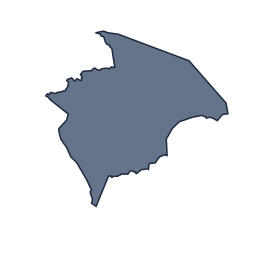 outline of Errard, Praslin, Saint Lucia, rotated 111°
{"feature_id": "8701671B19150990882958", "entity_name": "Errard", "entity_type": "district", "adm_level": 2, "iso_a3": "LCA", "parent_name": "Saint Lucia", "parent_adm1": "Praslin", "projection": "natural_earth1", "projection_center": [-60.937, 13.893], "detail": "fine", "context": "isolated", "style": "filled", "palette": "slate", "viewbox_px": 256, "rotation_deg": 111, "n_neighbors": 0, "source": "geoboundaries", "source_scale": "gbopen_adm2", "svg_char_len": 5420}
<svg xmlns="http://www.w3.org/2000/svg" viewBox="0 0 256 256"><g transform="rotate(111 128 128)"><path d="M129.3,211.3L136.4,188.8L136.6,188.6L138.2,188.6L142.5,188.1L153.5,192.4L157.0,190.6L162.2,187.0L165.3,182.7L167.9,178.6L175.5,171.0L178.4,163.9L186.6,153.6L188.7,151.1L191.2,147.9L192.7,146.5L198.6,140.3L198.9,139.7L199.0,139.7L200.2,140.2L200.5,140.4L201.0,140.3L201.8,139.9L202.1,139.5L202.9,139.4L203.7,138.9L205.1,137.2L207.4,135.7L209.1,135.2L210.9,135.2L211.3,135.1L212.6,129.7L180.3,129.0L179.8,128.5L179.5,128.0L179.0,127.4L178.8,127.0L179.0,126.6L179.7,126.2L179.9,125.8L179.9,125.4L179.8,125.1L179.2,124.8L178.6,124.7L178.4,124.1L177.2,121.8L177.0,121.0L176.8,120.4L176.6,120.1L176.2,119.9L175.6,119.6L175.2,118.9L174.9,118.6L174.4,118.2L173.8,117.9L173.1,117.6L173.0,117.4L172.9,117.1L172.9,116.3L172.8,115.7L172.6,115.2L172.1,114.5L171.8,114.1L171.7,113.4L171.6,112.9L171.4,112.2L171.3,111.8L170.9,111.5L170.5,111.3L169.6,111.3L169.2,111.2L168.2,110.7L167.5,110.7L167.4,110.6L167.2,110.1L166.9,109.8L166.5,109.4L166.4,109.0L166.4,108.9L166.9,107.7L166.9,107.4L166.5,106.4L166.4,105.9L166.4,105.7L167.4,104.6L167.3,104.1L167.4,103.9L167.2,103.4L167.1,103.2L166.7,103.0L166.0,103.0L165.3,102.8L165.0,102.5L164.9,102.2L164.5,101.8L164.2,101.6L163.5,101.4L162.3,100.9L162.1,100.6L161.8,100.3L160.9,98.1L160.6,97.6L160.3,97.3L159.9,97.0L159.6,96.4L159.4,95.9L159.3,95.4L159.3,94.5L159.3,94.0L157.9,94.5L156.3,94.9L155.5,95.1L155.1,95.2L154.7,95.3L154.5,95.5L154.1,95.3L153.6,95.0L153.2,94.9L152.9,94.6L152.8,94.2L152.6,93.3L152.5,92.8L152.4,92.7L152.1,92.3L151.6,91.8L151.5,91.7L151.2,90.8L151.2,90.6L150.8,90.2L150.6,90.0L150.2,89.7L149.0,89.7L148.4,89.6L147.3,89.2L146.1,88.9L144.2,88.3L143.6,88.1L143.4,88.0L143.3,87.9L143.1,87.7L142.6,87.2L142.3,86.8L142.0,86.3L141.9,86.0L141.7,85.9L140.9,85.6L140.4,85.1L140.3,84.9L140.2,84.5L140.0,83.6L139.7,81.6L135.1,83.6L124.5,88.3L112.3,86.4L103.7,82.3L94.7,71.5L89.6,63.3L89.9,61.7L89.9,58.9L90.7,58.2L88.5,55.4L88.5,51.2L89.2,47.3L81.5,44.6L78.9,39.8L69.6,45.4L43.4,95.1L43.9,170.3L43.9,170.8L46.3,180.9L46.3,185.6L50.4,191.9L50.6,192.0L50.6,191.9L50.6,191.0L50.5,190.3L50.5,189.9L50.4,189.2L50.2,188.5L50.2,188.3L50.2,187.9L50.3,187.8L50.3,187.6L50.6,187.3L50.7,187.2L51.0,187.0L51.2,186.8L51.4,186.6L51.6,186.3L51.7,186.0L51.8,185.8L51.8,185.7L51.8,185.2L51.5,184.4L51.5,183.8L51.5,183.7L51.7,183.3L51.9,183.1L52.5,182.6L53.7,181.6L54.1,181.3L55.5,180.2L56.3,179.4L56.5,179.2L56.7,178.9L57.0,178.3L57.1,177.9L57.3,177.5L57.3,177.4L57.5,176.4L57.5,175.8L57.5,175.3L57.6,174.9L57.8,174.6L58.0,174.3L58.3,174.1L58.7,173.8L58.9,173.7L59.0,173.6L59.2,173.0L59.2,172.8L59.2,172.7L59.5,171.6L76.1,162.1L76.4,162.7L76.6,163.0L76.7,163.5L76.7,163.9L76.7,164.9L76.8,165.1L76.9,165.3L77.6,165.7L78.1,166.0L79.1,166.5L79.3,166.6L79.4,167.0L79.5,168.0L79.5,168.4L79.7,169.1L79.9,169.5L80.1,170.1L80.9,171.4L82.0,173.7L82.1,173.9L82.2,174.0L82.5,174.2L82.7,174.3L83.3,174.3L83.6,174.4L83.8,174.5L84.0,174.8L84.2,175.0L84.3,175.2L84.3,175.8L84.3,176.1L84.6,177.2L84.6,177.7L84.6,178.0L84.5,178.6L84.3,179.2L84.1,179.5L84.0,179.8L83.9,180.3L83.9,180.5L84.0,180.7L84.1,180.8L84.5,181.0L84.9,181.4L85.4,181.8L85.9,182.2L86.1,182.4L86.5,182.4L86.9,182.3L87.2,182.3L87.3,182.3L87.5,182.5L87.8,182.9L87.9,183.1L88.0,183.7L88.6,184.7L88.7,185.0L89.0,186.0L89.2,186.4L89.4,186.5L89.8,187.1L90.0,187.5L90.1,188.3L90.2,188.6L90.3,188.8L90.5,189.1L90.8,189.4L91.0,189.7L91.2,190.1L91.4,190.3L91.5,190.5L91.9,190.6L92.4,190.8L92.8,190.8L93.1,190.8L93.3,190.9L94.6,191.5L94.9,191.5L95.2,191.5L95.4,191.4L95.5,191.3L95.7,190.7L95.8,190.3L95.9,190.2L96.0,190.1L96.2,189.9L96.3,189.7L96.5,189.3L96.8,189.0L97.0,188.9L97.3,188.8L97.7,189.3L97.8,189.4L98.0,189.5L98.3,189.5L98.4,189.4L98.8,188.9L99.1,188.7L99.8,188.6L100.0,188.6L100.3,188.9L100.6,189.2L100.6,189.3L100.7,189.5L100.7,189.8L100.5,190.6L100.4,191.6L100.3,192.1L100.3,192.7L100.5,193.5L101.0,193.8L101.3,193.9L101.6,193.9L102.0,194.0L102.3,194.1L102.5,194.2L102.8,194.3L103.0,194.6L103.2,194.9L103.3,195.0L103.1,195.5L102.6,196.1L102.1,197.0L101.9,197.3L101.7,197.8L101.5,198.3L101.5,198.6L101.5,198.8L101.7,199.1L101.8,199.2L102.1,199.3L102.4,199.5L102.9,200.0L103.2,200.5L103.8,201.4L103.9,201.6L104.3,201.9L104.7,202.1L104.9,202.1L105.0,202.1L105.6,202.1L105.9,202.0L106.1,201.7L106.2,201.3L106.5,200.4L106.8,199.9L106.9,199.7L107.3,199.6L107.7,199.5L108.0,199.4L108.9,199.4L109.2,199.5L109.7,199.6L110.0,199.6L110.4,199.1L110.8,199.0L111.0,199.0L111.3,199.0L111.7,199.0L112.0,199.1L112.4,199.4L112.8,199.6L113.0,199.7L113.3,199.8L113.7,199.9L114.0,199.9L114.4,199.8L114.9,199.7L115.3,199.8L115.6,199.8L115.8,200.0L115.9,200.3L116.2,201.1L116.3,201.3L117.2,202.1L117.4,202.4L117.7,202.7L117.9,203.1L118.3,203.8L118.8,204.6L119.1,205.1L119.4,205.4L119.7,205.8L119.9,206.5L120.0,206.6L120.1,206.8L120.4,207.0L121.2,207.4L121.3,207.5L121.7,208.1L121.8,208.3L121.9,209.0L122.0,209.6L122.3,211.0L122.3,212.5L122.5,212.8L122.8,213.1L123.0,213.2L123.2,213.3L123.4,213.3L123.8,213.3L124.1,213.3L124.7,213.3L125.0,213.3L125.2,213.7L125.3,214.1L125.2,214.3L125.0,214.5L124.9,214.8L124.9,215.1L124.9,215.4L125.0,215.5L125.4,215.7L125.8,215.9L126.1,216.0L126.7,216.1L126.9,216.1L127.0,216.2L127.4,216.1L127.5,216.0L127.7,215.8L127.7,214.8L127.8,214.0L127.9,213.7L128.0,213.3L128.3,212.9L128.4,212.7L128.4,212.3L128.4,212.1L128.5,211.9L128.7,211.5L129.0,211.3L129.3,211.3Z" fill="#64748b" stroke="#1e293b" stroke-width="1.5"/></g></svg>